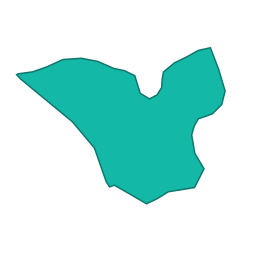 the border of Siyəzən, rotated 171°
{"feature_id": "AZE-1712", "entity_name": "Siyəzən", "entity_type": "District", "adm_level": 1, "iso_a3": "AZE", "parent_name": "Azerbaijan", "parent_adm1": "", "projection": "albers", "projection_center": [49.056, 41.028], "detail": "fine", "context": "isolated", "style": "filled", "palette": "teal", "viewbox_px": 256, "rotation_deg": 171, "n_neighbors": 0, "source": "natural_earth", "source_scale": "10m", "svg_char_len": 644}
<svg xmlns="http://www.w3.org/2000/svg" viewBox="0 0 256 256"><g transform="rotate(171 128 128)"><path d="M155.4,72.7L157.9,78.3L164.3,113.5L182.0,142.9L226.6,193.4L229.7,198.1L228.1,198.7L213.3,198.4L199.0,201.0L181.5,205.8L163.3,204.2L147.7,198.6L132.8,189.1L122.4,185.1L113.1,178.6L110.5,160.4L102.3,153.4L94.2,156.1L88.4,162.7L86.7,170.6L84.2,177.8L72.1,185.0L58.7,189.1L46.6,193.6L34.1,194.4L29.3,171.8L26.3,149.3L31.8,136.4L42.5,128.8L49.5,127.4L57.1,126.1L62.4,119.4L66.2,111.1L66.0,92.5L59.3,75.8L71.6,58.8L98.1,58.7L109.8,53.8L121.5,50.2L135.7,61.8L150.4,73.6L155.4,72.7Z" fill="#14b8a6" stroke="#0f766e" stroke-width="1.5"/></g></svg>